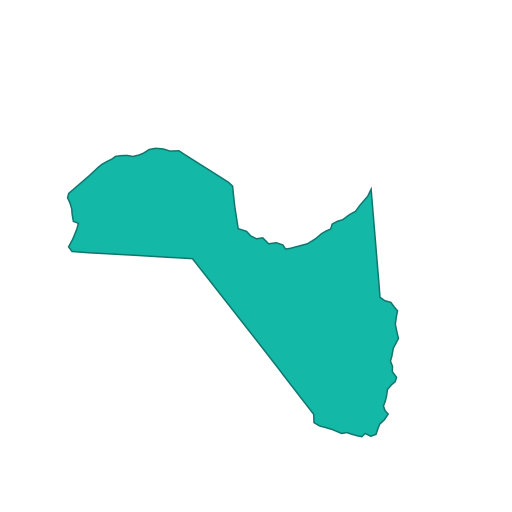 outline of Rio Formoso, Pernambuco, Brazil, rotated 30°
{"feature_id": "56859067B3129544617161", "entity_name": "Rio Formoso", "entity_type": "district", "adm_level": 2, "iso_a3": "BRA", "parent_name": "Brazil", "parent_adm1": "Pernambuco", "projection": "mercator", "projection_center": [-35.214, -8.663], "detail": "fine", "context": "isolated", "style": "filled", "palette": "teal", "viewbox_px": 512, "rotation_deg": 30, "n_neighbors": 0, "source": "geoboundaries", "source_scale": "gbopen_adm2", "svg_char_len": 1480}
<svg xmlns="http://www.w3.org/2000/svg" viewBox="0 0 512 512"><g transform="rotate(30 256 256)"><path d="M94.4,344.1L110.4,336.4L128.7,327.1L153.2,314.7L181.3,300.7L187.9,297.3L194.3,294.1L202.3,290.1L301.9,330.1L306.5,332.0L311.2,333.9L334.0,343.2L338.8,345.3L385.2,364.3L389.5,371.3L396.0,371.4L402.3,369.7L409.0,368.1L418.9,366.9L422.9,363.5L427.6,362.6L433.8,361.0L438.0,359.6L439.3,355.1L445.6,354.7L449.1,350.5L448.0,344.8L447.2,339.9L449.1,333.6L449.5,326.8L445.1,325.4L441.4,322.2L440.5,316.8L439.1,312.1L436.6,305.9L437.8,299.6L439.4,295.3L438.4,290.8L431.9,288.0L429.4,283.3L425.0,279.8L423.9,275.3L421.0,267.1L420.8,260.5L420.6,256.1L416.7,252.1L410.8,245.5L407.8,238.1L406.0,232.7L401.6,231.2L395.9,228.7L389.8,230.3L384.0,229.7L376.4,218.6L322.3,140.6L322.9,148.4L320.6,160.3L319.9,167.5L316.4,173.2L312.8,181.4L309.3,185.0L306.0,190.3L307.2,195.2L304.1,199.5L301.6,203.9L299.1,211.0L294.5,219.6L288.2,225.9L281.7,232.4L278.1,235.2L273.8,233.0L267.1,234.3L260.8,239.1L252.8,236.9L247.7,240.9L241.4,241.2L235.5,239.4L226.9,241.2L213.2,224.2L208.1,217.3L200.8,207.2L195.3,205.9L143.3,203.8L136.6,203.4L129.2,208.1L122.0,209.7L115.1,213.0L110.2,217.2L107.1,223.3L104.2,227.0L99.7,231.3L94.0,233.4L88.9,236.6L84.5,240.0L82.7,244.2L79.6,248.8L76.8,253.5L75.2,257.5L71.5,269.7L62.5,295.5L63.7,299.8L68.1,302.9L72.7,307.1L75.9,311.8L80.5,317.3L85.9,316.5L87.3,321.9L88.0,326.6L88.9,333.3L89.1,341.8L94.4,344.1Z" fill="#14b8a6" stroke="#0f766e" stroke-width="1.5"/></g></svg>